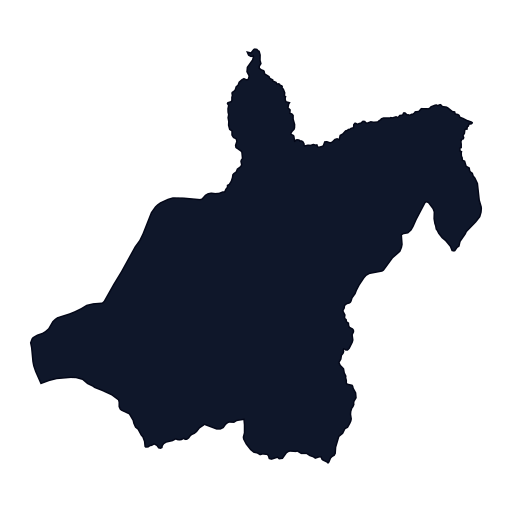 Bobonaro, Bobonaro, East Timor
{"feature_id": "22284137B12808122576881", "entity_name": "Bobonaro", "entity_type": "district", "adm_level": 2, "iso_a3": "TLS", "parent_name": "East Timor", "parent_adm1": "Bobonaro", "projection": "robinson", "projection_center": [125.346, -9.042], "detail": "fine", "context": "isolated", "style": "filled", "palette": "ink", "viewbox_px": 512, "rotation_deg": 0, "n_neighbors": 0, "source": "geoboundaries", "source_scale": "gbopen_adm2", "svg_char_len": 6035}
<svg xmlns="http://www.w3.org/2000/svg" viewBox="0 0 512 512"><path d="M470.7,121.7L469.3,121.5L469.0,121.1L467.1,120.6L463.1,118.5L459.9,117.3L459.0,115.3L457.8,114.5L455.2,114.0L454.6,111.9L452.4,111.6L447.7,107.8L446.3,107.1L442.4,106.6L440.6,104.7L439.3,104.9L437.9,105.7L436.4,105.0L435.1,105.2L431.0,106.8L429.9,108.1L428.5,108.8L421.3,108.7L418.8,111.5L415.5,111.8L414.9,112.2L414.6,113.0L412.1,114.6L411.5,114.3L409.9,115.3L408.3,114.8L407.1,114.9L404.9,112.9L403.6,113.0L402.7,115.1L399.7,115.5L398.6,117.0L397.4,117.5L396.1,116.8L392.5,117.9L390.7,117.6L390.2,118.0L383.6,118.0L381.4,118.8L380.5,120.0L379.2,120.6L377.8,122.0L373.6,122.3L370.8,121.8L366.9,123.3L365.4,122.4L364.8,121.5L363.0,121.3L360.5,123.4L359.4,123.4L357.6,124.3L355.6,123.3L354.9,123.3L353.8,124.6L353.6,127.7L351.0,128.4L350.1,129.3L348.3,129.5L347.4,130.4L345.6,130.9L342.8,134.0L340.2,135.4L339.2,139.7L337.1,138.8L334.9,139.5L332.3,142.1L330.2,142.9L326.8,141.7L324.8,141.9L323.3,145.8L322.2,146.4L319.3,147.2L318.2,147.2L317.5,146.7L316.9,144.9L315.5,145.1L313.3,144.5L310.7,145.4L307.9,145.2L304.6,146.0L304.2,145.7L303.9,143.6L302.7,141.6L301.1,140.9L299.9,141.1L299.5,140.3L297.9,139.8L296.2,139.9L295.4,141.0L294.6,141.3L293.8,136.1L293.3,135.5L291.2,134.4L290.9,133.8L291.0,133.0L292.0,131.4L294.0,129.3L294.5,127.8L294.6,124.5L293.1,119.1L293.1,115.4L291.9,114.0L289.8,113.2L290.1,109.9L287.9,107.8L288.7,104.0L289.5,102.7L285.9,101.8L285.2,99.5L285.2,97.7L285.6,96.7L284.4,95.9L284.7,92.8L283.4,89.4L281.9,87.5L282.2,86.4L281.6,85.7L280.4,85.6L279.5,84.2L278.4,83.8L277.1,84.2L276.0,82.4L272.7,81.0L272.7,79.9L269.7,78.3L269.0,76.6L264.6,73.9L264.1,71.4L263.6,70.7L261.2,69.8L259.2,68.2L259.3,66.1L260.9,63.6L260.0,60.3L260.1,55.0L259.1,51.3L258.2,50.9L256.8,49.4L254.7,49.1L253.8,49.5L251.0,53.0L247.3,52.1L248.6,55.1L250.9,56.4L252.1,56.3L253.2,55.6L253.5,56.7L252.6,60.0L247.4,67.3L247.0,71.7L249.2,75.9L248.5,78.8L247.7,79.6L246.3,79.8L243.9,78.7L242.0,79.7L239.2,82.2L238.1,85.2L236.2,86.8L235.3,89.8L234.2,91.1L232.3,92.4L232.0,93.1L232.4,95.5L231.9,97.3L231.9,100.5L231.1,101.7L227.9,102.7L227.5,103.6L228.7,105.4L228.0,108.7L228.1,112.2L228.7,114.6L228.1,117.7L228.8,121.6L228.6,125.2L229.7,129.4L232.0,130.9L232.0,135.0L233.1,136.9L233.9,137.7L235.6,138.4L236.4,139.3L236.9,141.4L235.6,145.3L236.0,147.5L240.9,150.9L241.9,152.1L242.5,158.5L241.3,160.2L241.0,161.5L241.7,164.7L240.8,166.6L237.4,169.1L236.3,171.9L233.8,173.7L232.9,174.8L232.5,177.6L231.3,181.3L229.3,184.5L227.5,185.4L227.5,187.3L225.9,189.3L224.7,192.0L222.7,192.0L219.2,193.4L215.3,193.7L211.2,193.2L208.1,193.8L205.5,195.3L202.1,199.1L200.1,199.7L183.6,198.2L172.9,198.0L168.1,199.4L160.5,202.9L157.7,204.9L155.5,207.0L151.5,212.6L143.1,233.9L139.9,240.5L135.3,246.8L121.6,271.7L113.8,284.5L104.3,301.4L102.4,303.2L93.3,303.9L86.8,305.4L81.4,308.7L74.8,311.9L69.6,314.0L57.6,317.8L55.3,319.4L52.9,321.7L48.8,328.8L45.6,331.6L42.7,333.4L37.4,335.2L33.2,337.6L32.2,338.8L30.7,342.8L31.7,347.8L33.0,361.7L33.8,365.8L35.7,371.4L41.0,383.4L49.1,380.4L56.6,378.5L70.7,377.3L76.1,377.5L82.7,379.3L87.6,383.5L92.8,386.0L94.7,387.4L102.1,390.3L111.7,394.7L118.6,399.8L119.2,402.1L119.2,406.6L120.3,409.1L121.5,410.1L129.4,413.8L133.2,420.3L133.9,423.3L135.6,427.1L138.1,429.1L141.4,435.2L142.9,436.8L144.6,441.4L145.1,446.4L145.7,447.0L148.0,446.9L149.9,445.6L151.6,445.3L154.2,443.9L157.0,445.4L158.7,447.8L160.5,448.2L161.9,447.5L162.2,445.7L163.6,443.6L166.2,442.0L172.4,440.6L175.8,438.8L177.5,439.6L179.4,439.8L181.2,439.6L183.9,438.3L185.1,439.3L186.8,439.2L188.6,437.9L190.1,435.8L191.6,434.5L194.3,433.3L196.5,431.5L199.3,427.9L203.4,425.1L204.1,424.2L216.6,428.9L220.4,428.9L223.2,427.5L225.5,424.3L227.6,422.6L229.2,422.0L233.9,422.2L236.4,420.6L238.1,420.2L244.0,419.3L244.5,424.9L244.5,432.9L243.4,437.1L243.7,439.0L246.3,444.0L250.7,449.6L253.9,452.2L257.3,452.9L260.1,454.6L262.6,453.9L267.4,454.4L268.5,455.9L269.3,458.5L271.5,459.1L277.5,457.2L279.2,458.7L282.4,458.3L286.4,452.7L288.4,451.4L290.0,451.0L295.7,451.4L297.4,451.0L301.3,453.4L306.7,453.4L309.8,455.5L313.3,456.7L315.3,458.1L319.2,456.8L321.1,456.9L322.0,459.2L322.9,460.0L326.9,461.9L328.0,462.9L328.8,462.1L330.5,458.0L332.0,456.5L334.2,455.2L335.2,453.3L335.6,447.2L338.8,436.4L342.6,433.3L344.6,429.2L345.1,428.5L347.5,427.3L349.7,423.4L350.8,420.9L351.2,418.9L350.5,414.3L350.7,411.5L351.7,408.2L352.9,406.6L353.8,404.4L353.6,402.9L354.0,401.1L356.0,397.8L355.6,392.9L353.1,388.3L352.6,386.2L352.0,385.3L348.0,384.4L346.8,383.9L346.3,383.2L346.3,380.4L345.6,377.7L345.8,376.1L344.2,372.9L343.5,368.8L340.2,365.4L339.0,362.9L339.1,362.0L340.8,359.1L341.4,355.3L343.0,353.3L343.6,351.7L343.3,349.8L343.6,348.8L344.4,348.9L345.7,349.9L347.4,350.0L348.3,349.2L349.2,348.2L352.2,342.2L352.8,340.0L352.1,334.7L353.5,331.8L353.4,330.2L352.5,329.0L349.3,327.3L348.6,325.5L348.4,323.1L346.4,321.8L346.1,319.6L344.9,318.7L344.5,317.3L344.9,315.0L343.0,311.4L343.0,310.2L344.2,308.0L344.5,305.5L346.6,303.7L349.4,302.9L350.4,302.1L351.0,301.0L352.0,297.8L355.0,293.7L356.4,290.1L359.1,284.9L363.9,277.7L366.0,275.3L369.3,273.4L382.0,271.0L383.4,270.1L392.4,257.8L399.8,251.3L401.4,247.4L402.0,244.4L401.3,234.8L403.2,233.6L407.8,232.8L411.0,229.9L413.0,226.4L416.2,219.2L425.0,202.5L426.3,201.7L428.5,202.5L433.1,208.6L434.3,211.9L434.1,218.7L434.9,223.5L435.7,225.8L436.3,229.1L437.4,230.5L438.7,233.2L442.2,237.7L445.7,240.6L450.5,246.4L452.1,250.5L453.9,250.9L454.8,250.6L457.0,247.4L458.9,246.1L460.0,241.4L465.2,233.9L466.3,231.5L475.7,221.8L479.7,216.7L481.0,212.2L481.3,208.4L481.1,206.7L479.2,200.2L477.4,183.5L474.8,178.0L473.1,176.0L472.3,173.3L470.3,171.9L469.6,170.6L469.2,168.0L466.1,166.3L464.6,161.2L462.4,160.3L462.1,157.6L461.4,156.2L461.2,152.9L461.5,151.7L460.1,151.0L459.8,148.7L460.1,148.0L461.2,147.6L461.2,144.2L460.8,140.9L461.4,140.6L461.2,139.5L463.3,138.8L463.7,137.5L462.9,135.7L464.4,133.3L464.8,129.8L465.7,129.0L466.9,129.2L467.4,126.5L468.4,126.1L468.9,124.1L471.1,123.9L472.0,123.3L472.2,122.6L470.7,121.7Z" fill="#0f172a" stroke="#020617" stroke-width="1.5"/></svg>